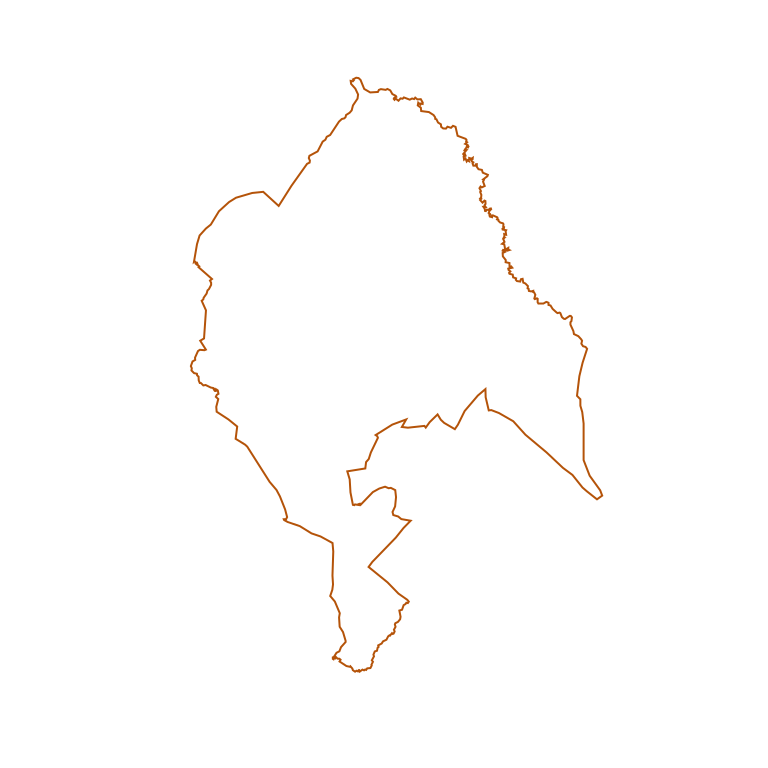 Handeni, Tanga, United Republic of Tanzania (Mercator projection), rotated 221°
{"feature_id": "72390352B54290670955979", "entity_name": "Handeni", "entity_type": "district", "adm_level": 2, "iso_a3": "TZA", "parent_name": "United Republic of Tanzania", "parent_adm1": "Tanga", "projection": "mercator", "projection_center": [38.284, -5.494], "detail": "fine", "context": "isolated", "style": "outline", "palette": "amber", "viewbox_px": 768, "rotation_deg": 221, "n_neighbors": 0, "source": "geoboundaries", "source_scale": "gbopen_adm2", "svg_char_len": 6166}
<svg xmlns="http://www.w3.org/2000/svg" viewBox="0 0 768 768"><g transform="rotate(221 384 384)"><path d="M208.6,163.5L209.3,163.9L210.1,167.1L211.9,167.5L212.9,171.9L214.4,172.8L215.5,176.1L214.3,178.1L215.8,180.8L215.6,182.0L216.9,182.9L215.5,186.6L215.9,189.1L214.4,192.6L215.3,196.3L215.0,197.9L214.4,198.0L214.5,201.2L213.4,201.1L213.0,201.9L213.6,204.2L215.3,205.1L216.0,208.3L218.1,209.7L218.5,210.9L217.4,213.6L217.5,217.0L218.8,219.2L223.8,223.1L222.3,225.5L224.1,230.0L223.4,232.0L223.6,233.6L222.3,234.3L222.5,236.0L224.8,236.4L235.6,235.3L251.2,236.6L275.6,235.8L276.1,242.2L274.3,275.8L274.8,288.1L274.2,298.3L282.3,293.4L286.4,293.3L291.0,291.2L293.6,293.0L295.3,298.9L300.7,306.5L305.9,311.3L310.7,310.1L312.1,308.4L315.8,307.2L319.0,302.0L321.5,295.1L322.4,277.5L323.6,277.9L324.4,276.6L323.7,276.1L326.9,274.1L326.9,273.1L328.2,272.4L338.2,280.2L347.3,289.5L354.4,294.0L342.7,308.0L346.3,313.3L346.3,317.4L349.0,323.7L353.3,339.4L354.9,340.2L356.8,340.0L351.1,358.8L344.0,371.8L342.3,363.3L337.3,366.7L326.0,378.9L323.9,378.5L324.5,385.2L323.6,396.2L317.7,394.3L313.1,394.1L300.9,396.4L301.5,401.7L305.4,416.5L305.6,436.8L304.1,446.7L298.6,440.7L287.6,432.8L285.9,434.7L278.2,437.5L262.0,440.7L244.0,438.5L216.4,439.0L194.0,438.1L182.1,439.0L166.3,436.1L160.5,436.1L147.6,436.7L146.1,442.9L151.1,445.6L168.6,449.7L183.4,457.5L207.4,485.1L216.0,492.9L221.5,496.4L225.8,501.3L230.6,501.7L241.7,518.1L248.1,530.4L253.8,543.8L256.2,544.2L258.6,543.1L261.5,543.9L262.9,546.6L264.5,547.1L268.7,547.6L273.4,546.3L275.8,548.2L282.2,551.1L283.8,552.9L283.8,554.4L285.9,557.6L287.7,557.9L288.5,557.3L290.0,551.8L291.1,551.2L293.6,551.2L297.4,553.2L298.3,553.1L299.6,551.3L300.8,551.2L306.0,551.3L309.8,552.5L311.7,551.6L313.1,553.2L314.3,552.9L315.4,552.4L316.5,549.3L320.3,546.0L321.7,546.5L323.9,549.1L324.8,549.0L325.9,547.0L326.6,547.1L328.3,550.6L331.0,551.7L331.8,551.3L332.5,552.2L333.7,550.4L335.7,549.3L337.3,550.7L338.4,550.4L339.6,552.3L343.3,552.6L345.4,551.9L348.4,554.3L349.4,552.9L348.4,550.7L351.2,548.9L352.9,549.1L353.6,550.4L356.5,549.2L358.6,551.0L361.6,549.5L362.5,549.9L362.5,551.9L364.8,551.8L365.9,552.6L363.5,555.9L365.2,556.2L366.1,554.8L368.7,557.6L372.1,555.7L373.4,557.4L378.0,558.3L380.4,560.7L379.5,562.8L381.9,562.4L382.1,563.4L378.4,565.5L377.3,567.3L378.4,567.0L379.5,568.3L380.4,565.5L381.1,565.3L384.9,568.3L386.8,567.3L386.3,570.3L389.2,571.7L389.1,572.8L389.5,572.4L390.1,574.6L391.6,576.0L389.8,576.8L392.4,579.0L392.7,580.2L395.8,578.4L396.4,578.9L395.8,580.4L396.3,581.2L397.2,580.9L398.7,583.0L399.7,583.3L402.2,582.1L404.6,582.2L405.3,582.9L406.7,582.4L407.0,583.7L407.9,584.1L412.5,582.7L413.0,582.1L411.9,580.8L414.0,579.8L415.3,580.7L414.9,581.5L415.5,581.9L417.2,581.7L418.0,584.0L417.8,586.2L418.5,586.6L419.3,585.6L419.2,583.9L420.8,583.1L420.6,581.3L421.3,580.9L422.9,582.3L425.1,582.9L423.4,584.3L425.4,584.8L425.5,586.5L427.5,588.6L428.5,588.3L428.6,585.5L432.2,585.9L432.1,587.4L433.1,587.2L433.0,588.4L434.6,590.6L437.4,592.0L437.4,593.2L440.4,594.4L440.7,596.4L439.2,596.5L437.9,599.5L442.0,601.7L442.5,603.6L443.4,603.4L442.3,608.7L442.8,610.0L448.1,608.3L450.6,609.8L453.6,608.1L456.4,608.8L458.2,610.8L458.8,610.1L457.9,609.0L459.8,607.4L461.8,608.5L462.0,609.9L463.7,609.6L465.3,610.2L464.6,611.7L465.4,612.9L465.8,611.5L467.9,610.5L467.0,609.7L467.4,608.8L466.1,607.9L467.7,607.6L467.6,606.2L470.5,607.7L470.8,605.9L473.1,607.9L472.2,609.8L473.6,610.5L474.1,609.3L475.1,609.5L475.2,614.6L476.6,613.4L476.8,614.3L476.9,617.1L475.8,617.6L476.1,618.7L476.8,618.9L477.4,617.8L477.9,619.2L480.3,618.5L479.9,621.0L481.1,620.9L481.8,622.3L483.2,622.6L491.3,619.6L498.7,625.0L501.3,624.1L501.5,621.3L504.9,619.8L504.8,617.4L507.0,615.7L509.6,615.6L511.4,617.3L514.8,616.8L518.1,618.2L519.3,617.7L520.3,618.8L523.0,619.5L528.5,618.7L535.0,614.4L537.5,616.7L541.3,616.4L542.7,618.8L539.8,618.8L540.1,619.9L538.6,620.7L539.4,621.8L543.1,623.1L545.5,620.7L548.3,620.6L548.2,618.8L550.1,617.9L551.1,615.5L557.0,613.3L557.1,611.5L558.9,610.4L558.9,607.3L562.5,607.0L562.5,605.4L563.7,605.6L564.0,606.8L563.1,608.8L564.2,609.2L567.9,608.3L571.9,609.7L575.0,608.9L575.7,607.1L579.8,604.5L580.8,602.6L580.2,600.4L585.7,595.0L592.5,593.7L601.2,598.1L603.9,598.2L605.9,596.9L607.2,593.7L606.1,593.5L606.1,592.0L608.0,590.9L605.7,588.9L599.4,588.1L593.5,585.5L591.2,582.0L590.2,573.9L587.9,569.3L587.9,566.2L589.1,562.1L588.1,560.2L588.2,558.5L589.7,556.3L590.1,552.5L588.0,536.6L589.4,533.0L588.5,529.9L589.3,526.7L586.7,516.0L590.0,507.3L589.0,505.2L586.5,504.0L585.4,502.3L586.5,499.7L583.9,473.0L580.3,449.3L601.2,449.8L608.8,441.7L617.9,427.5L620.3,419.7L621.9,406.1L619.3,390.7L620.4,384.5L620.6,375.1L616.9,366.9L607.6,351.6L607.5,352.4L606.0,352.4L605.3,351.3L604.5,351.3L605.0,352.1L604.6,352.8L602.2,351.5L600.6,351.6L600.6,350.5L582.7,350.4L583.2,347.9L580.9,347.0L579.5,345.4L578.4,340.8L578.6,338.8L577.2,335.9L576.7,330.8L575.9,329.3L576.2,327.2L566.7,322.8L549.7,300.3L551.1,296.1L541.0,293.1L541.7,291.7L545.4,289.0L546.0,286.8L543.9,279.9L542.3,278.3L543.3,275.4L541.5,270.8L539.4,269.8L538.2,267.9L534.5,267.6L531.9,269.0L530.7,267.9L528.8,267.9L526.1,265.1L523.7,263.9L522.8,264.6L519.4,264.4L518.0,266.2L512.4,267.7L510.3,268.9L509.3,268.5L508.6,269.5L507.7,269.4L508.3,268.1L507.2,267.8L506.3,268.4L506.6,270.0L505.2,270.1L502.5,268.0L503.1,266.2L502.5,264.0L499.2,263.9L495.6,256.7L492.1,253.3L478.2,255.2L466.9,255.6L460.0,245.3L449.0,247.1L446.1,247.0L406.1,235.1L395.6,233.5L388.8,230.9L376.4,224.5L369.8,220.0L369.2,217.7L370.9,216.2L370.1,215.8L366.0,216.7L354.3,221.5L340.7,223.7L331.9,227.3L318.5,230.2L312.4,224.3L297.2,205.6L291.0,199.3L288.0,194.8L285.5,188.7L278.4,187.6L267.0,182.0L264.8,178.4L258.2,171.7L252.2,169.9L244.5,165.0L243.7,164.1L243.8,157.2L242.3,153.0L243.5,150.0L242.8,145.2L243.3,144.1L242.3,143.0L241.6,143.1L242.0,143.9L240.8,144.7L241.2,146.4L238.9,146.2L237.4,147.4L235.9,147.4L235.5,145.4L227.3,146.5L224.2,148.2L224.2,148.9L221.2,148.5L219.8,147.6L217.1,147.9L216.7,149.5L215.1,150.0L215.4,151.4L215.0,151.8L213.6,151.1L212.9,154.3L211.2,154.8L210.9,156.2L209.9,156.5L210.1,158.4L207.9,160.7L208.6,163.5Z" fill="none" stroke="#b45309" stroke-width="2"/></g></svg>